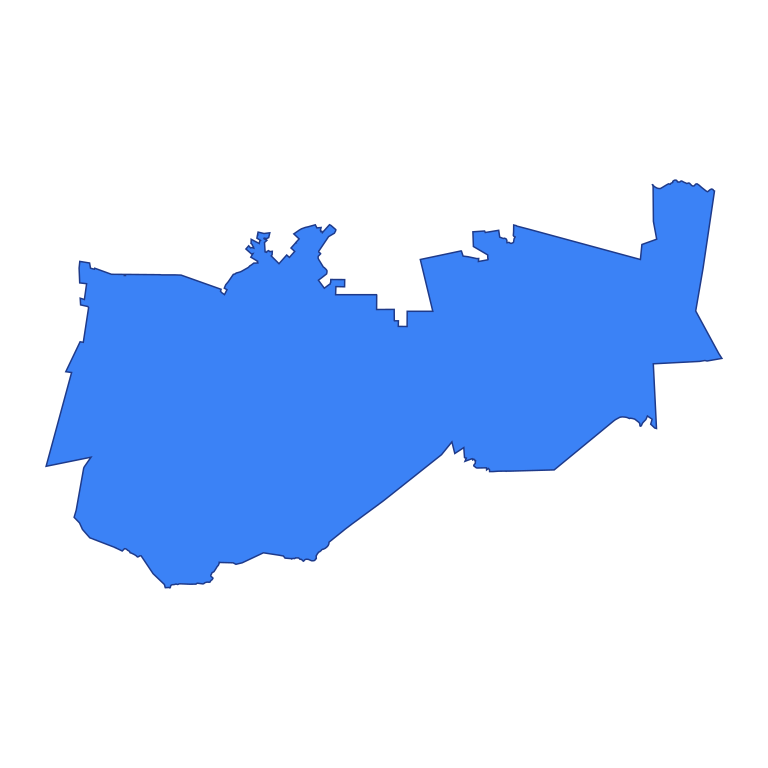 the district of Agualeguas, Nuevo León, Mexico
{"feature_id": "50627088B6039535347696", "entity_name": "Agualeguas", "entity_type": "district", "adm_level": 2, "iso_a3": "MEX", "parent_name": "Mexico", "parent_adm1": "Nuevo León", "projection": "mercator", "projection_center": [-99.676, 26.298], "detail": "fine", "context": "isolated", "style": "filled", "palette": "blue", "viewbox_px": 768, "rotation_deg": 0, "n_neighbors": 0, "source": "geoboundaries", "source_scale": "gbopen_adm2", "svg_char_len": 6070}
<svg xmlns="http://www.w3.org/2000/svg" viewBox="0 0 768 768"><path d="M714.5,191.0L713.8,190.7L713.0,189.6L711.8,189.0L710.8,189.3L709.9,189.8L708.2,191.3L707.6,191.7L706.4,191.2L701.7,187.5L699.1,185.2L697.2,183.9L696.7,183.9L695.9,184.0L695.5,184.3L694.2,185.8L693.5,186.0L692.7,186.0L691.7,185.5L689.5,183.2L688.5,183.0L686.9,183.5L686.5,183.4L686.0,183.1L683.9,182.2L682.1,181.2L681.5,181.0L680.9,181.1L680.3,181.5L679.8,182.0L678.7,182.1L678.4,181.9L677.8,182.0L677.5,181.9L676.9,180.7L676.5,180.3L675.7,180.1L674.5,180.2L673.4,180.8L672.8,181.4L672.7,182.5L671.2,183.1L670.8,183.4L670.3,184.2L670.1,184.3L669.1,183.9L668.7,183.8L668.2,184.0L666.5,184.9L661.2,188.1L660.1,188.6L658.1,188.4L656.8,188.0L654.2,186.5L652.7,184.7L652.5,184.8L652.9,185.2L652.8,185.4L653.0,186.0L653.0,186.3L653.2,186.9L653.1,187.1L653.4,221.4L656.7,239.2L641.9,244.5L640.4,259.5L528.8,229.2L516.9,226.1L516.2,225.6L513.7,225.0L513.6,231.9L513.3,235.4L513.5,235.8L513.9,236.3L514.3,236.6L515.0,236.7L515.1,237.1L514.1,238.7L513.9,239.9L513.6,242.0L513.4,242.4L512.8,242.8L511.3,243.4L510.4,243.3L509.3,242.5L508.6,242.4L507.0,242.7L506.8,241.1L506.9,240.5L506.5,239.5L505.9,238.7L504.4,238.2L503.3,238.5L499.7,237.1L498.7,230.3L485.3,232.5L484.6,231.0L472.9,231.8L473.4,246.5L487.7,254.9L487.8,258.4L488.2,259.0L487.8,259.8L478.4,261.5L478.7,258.5L476.9,258.6L467.9,256.7L463.1,256.1L461.4,251.0L461.1,250.9L420.3,259.5L432.8,311.3L407.2,311.3L407.1,326.5L398.3,326.4L398.4,320.8L394.4,320.8L394.3,320.7L394.2,309.4L376.6,309.5L376.7,295.0L376.5,294.7L335.6,294.7L335.9,286.6L344.6,286.8L344.7,279.6L330.8,279.5L330.7,282.4L330.4,282.8L330.2,284.0L329.5,284.3L324.3,288.2L318.4,280.2L321.1,278.2L326.6,273.9L326.9,272.5L327.0,271.2L326.9,270.5L326.2,269.5L324.4,267.7L323.3,267.0L318.6,259.3L318.1,258.1L318.2,256.3L320.6,253.8L320.6,253.5L320.4,253.3L318.9,252.2L318.7,251.3L328.6,236.6L334.4,233.2L335.7,230.7L335.8,229.6L330.9,225.4L329.5,224.7L322.3,232.7L321.7,231.2L320.8,231.6L320.4,230.4L321.1,227.5L316.9,227.9L315.3,224.8L308.1,226.8L305.4,227.4L301.5,228.8L299.4,230.0L293.8,233.9L299.1,238.9L295.8,242.5L296.1,242.9L295.4,243.1L291.0,248.0L294.7,251.4L289.4,257.4L286.7,255.0L279.0,263.7L271.2,255.9L272.1,254.8L272.3,251.3L269.7,251.6L268.6,250.6L267.1,251.3L266.7,252.0L266.6,252.3L266.2,252.1L265.7,252.1L265.1,251.9L264.5,242.5L265.8,241.4L266.9,240.3L264.0,238.7L264.0,238.3L264.2,238.1L266.6,238.6L268.7,237.6L269.8,232.8L264.0,233.5L258.1,232.1L257.6,234.4L257.9,234.7L257.9,235.0L257.4,235.4L256.9,238.2L260.5,240.4L259.7,241.2L259.2,243.5L251.2,239.3L251.1,242.6L250.9,243.2L252.4,244.7L252.4,245.3L252.5,245.6L253.6,247.1L253.5,247.6L253.7,248.1L252.8,247.8L251.7,247.6L250.6,247.9L248.7,245.8L245.9,249.0L251.4,253.9L251.7,254.1L252.2,253.8L253.0,253.6L250.8,257.2L252.4,258.1L257.0,260.9L257.1,261.2L257.6,261.2L257.8,263.0L257.0,262.9L256.1,263.1L253.8,263.1L251.3,265.0L249.9,265.8L248.4,267.4L241.7,271.2L240.5,271.8L238.2,272.5L236.2,273.0L235.1,273.9L233.3,274.4L228.2,281.8L225.7,284.8L224.3,288.2L227.0,289.7L224.5,294.6L221.9,292.8L220.5,291.3L221.1,289.3L181.1,275.1L175.2,274.9L161.6,274.9L160.1,274.7L125.5,274.4L125.5,275.5L124.3,275.5L124.4,274.4L111.5,274.3L94.7,268.2L94.3,269.2L90.5,268.2L89.6,263.0L79.8,261.4L79.1,268.1L79.7,282.9L86.6,283.7L84.4,299.5L80.2,298.2L80.6,304.9L87.8,306.5L88.6,307.6L83.3,342.3L80.1,341.8L65.8,371.7L71.6,372.5L46.1,466.3L91.0,457.2L84.3,466.8L83.7,468.1L76.2,510.2L74.1,517.3L79.5,522.9L82.5,529.5L89.8,537.8L115.3,547.6L115.2,547.7L118.5,549.2L122.2,551.0L124.5,548.7L125.0,548.7L125.6,548.8L126.9,549.5L127.5,550.2L128.7,550.8L129.5,551.5L129.8,551.8L129.9,552.4L130.2,552.8L131.4,553.1L134.4,554.6L136.4,555.9L136.9,556.5L137.4,556.9L137.9,556.9L138.5,556.7L139.9,555.8L141.1,555.8L153.1,573.7L164.4,584.5L165.2,587.5L165.3,587.7L168.9,587.5L169.9,587.9L170.2,587.5L170.5,586.9L170.6,586.0L171.0,585.3L172.1,584.7L174.0,584.6L174.9,584.4L175.6,584.1L176.3,584.1L177.6,584.5L178.0,584.4L179.1,583.9L179.8,583.8L190.1,584.2L196.0,584.1L197.0,583.3L197.5,583.2L202.9,583.9L203.7,583.7L204.8,582.8L206.5,582.2L208.1,582.1L209.0,582.3L209.8,582.1L210.2,581.9L210.5,581.1L211.3,580.2L212.0,579.8L212.2,579.4L212.5,579.1L212.9,578.5L212.9,578.1L212.6,577.6L211.2,576.6L210.8,575.8L210.8,575.2L211.5,574.0L212.1,572.6L213.4,572.0L214.0,571.6L214.8,570.3L215.3,569.7L216.0,568.5L217.3,566.4L218.1,565.6L218.6,564.8L218.7,564.3L219.2,563.3L219.2,562.3L220.5,562.5L233.1,562.8L235.9,564.3L242.2,562.8L263.4,552.8L279.1,555.2L283.4,556.0L285.0,558.1L290.7,558.6L291.2,558.5L291.7,559.0L292.4,558.6L293.1,558.4L294.4,558.6L295.1,558.3L295.4,557.9L298.4,557.9L299.2,558.4L300.0,559.3L301.1,559.3L301.5,559.5L303.3,561.2L303.9,560.9L304.4,560.2L304.9,559.7L305.6,559.4L306.5,559.2L308.5,559.4L311.4,560.7L312.0,560.8L313.8,560.7L314.7,560.4L315.2,559.8L315.6,559.0L315.9,558.8L316.3,558.7L316.2,556.2L316.3,555.5L316.7,555.1L317.0,554.5L317.6,553.5L318.1,553.0L318.4,552.3L319.9,551.6L320.2,551.2L321.0,550.7L321.7,549.8L322.3,549.4L322.8,549.2L323.3,549.2L324.4,548.7L325.4,548.2L327.1,546.8L328.1,545.6L328.7,544.3L328.9,543.7L329.0,542.2L345.5,528.9L351.7,524.2L383.3,500.9L441.5,454.7L451.9,441.9L454.8,453.5L463.8,447.6L464.5,457.5L464.8,457.8L466.3,458.1L465.0,461.3L472.0,458.7L472.7,460.0L472.9,459.9L473.2,459.1L474.1,459.3L474.7,460.2L475.4,460.4L475.6,460.7L475.6,461.0L475.2,461.5L475.3,462.4L475.3,463.4L474.2,464.5L473.8,465.4L473.8,465.9L476.1,467.7L477.0,468.0L486.5,467.8L486.6,469.9L488.4,468.5L489.5,469.7L489.6,471.6L492.7,471.6L498.5,471.2L505.7,471.1L506.1,471.3L506.5,471.1L510.9,471.1L554.2,469.9L613.6,421.0L615.5,419.6L619.4,417.5L620.1,417.2L622.3,416.9L625.1,417.1L627.1,417.5L629.4,418.5L629.7,418.5L629.9,418.3L630.6,418.2L632.4,418.5L634.7,419.1L638.7,422.2L639.7,423.4L640.0,425.9L640.2,426.1L640.7,426.2L640.8,426.2L641.6,425.2L642.4,423.3L643.2,422.3L645.9,419.5L647.4,416.0L652.1,419.2L650.7,424.2L654.7,428.0L656.5,428.5L653.3,363.8L699.6,361.4L704.9,360.5L707.1,361.0L721.9,358.4L718.7,353.4L695.7,311.0L703.0,268.6L714.5,191.0Z" fill="#3b82f6" stroke="#1e3a8a" stroke-width="1.5"/></svg>